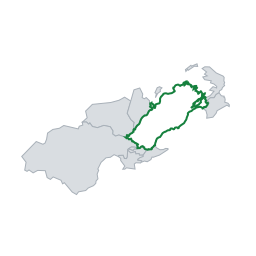 map of Turkey with Iraq, Iran, Syria and 6 others greyed out, rotated 140°
{"feature_id": "TUR", "entity_name": "Turkey", "entity_type": "country or territory", "adm_level": 0, "iso_a3": "TUR", "parent_name": "Asia", "parent_adm1": "", "projection": "orthographic", "projection_center": [34.29, 38.962], "detail": "fine", "context": "with_neighbors", "style": "outline", "palette": "green", "viewbox_px": 256, "rotation_deg": 140, "n_neighbors": 9, "source": "natural_earth", "source_scale": "50m", "svg_char_len": 9190}
<svg xmlns="http://www.w3.org/2000/svg" viewBox="0 0 256 256"><g transform="rotate(140 128 128)"><path d="M110.8,153.8L108.5,146.7L119.1,139.8L120.4,132.5L119.7,128.2L122.1,126.5L124.3,122.6L126.2,121.5L131.7,121.7L133.5,123.0L135.7,121.8L139.5,128.5L142.8,129.9L143.6,133.3L141.4,135.6L140.8,140.4L144.8,145.5L151.2,147.9L154.3,152.0L154.0,156.4L155.6,156.2L156.0,159.3L159.2,161.9L152.7,162.1L149.6,168.2L140.1,169.0L124.8,158.6L117.0,155.0L110.8,153.8Z" fill="#d9dde1" stroke="#a8b0b8" stroke-width="1"/><path d="M159.2,161.9L156.0,159.3L155.6,156.2L154.0,156.4L154.3,152.0L151.2,147.9L144.8,145.5L140.8,140.4L141.4,135.6L143.6,133.3L142.8,129.9L139.5,128.5L132.6,117.3L133.3,115.4L131.1,108.7L134.0,106.7L135.0,108.9L137.7,111.3L140.9,111.7L142.5,111.3L147.2,106.2L148.8,105.5L150.4,107.0L149.3,110.2L152.6,112.8L153.7,112.3L155.8,116.5L160.3,116.9L164.0,119.3L170.7,119.0L177.5,116.0L177.6,114.5L181.3,112.5L183.7,108.4L186.6,107.9L188.3,106.3L191.5,106.0L197.0,107.6L200.6,107.3L206.9,110.9L210.2,110.1L211.9,114.8L211.9,127.0L214.0,127.3L212.9,131.0L216.8,138.6L220.5,138.5L221.8,142.0L218.8,148.5L224.5,153.6L229.5,154.6L230.8,159.5L233.2,159.7L234.2,162.1L228.1,167.3L227.7,174.5L207.0,176.6L203.6,170.2L201.1,169.8L197.5,171.8L192.9,175.8L186.5,175.2L180.7,171.9L175.6,171.2L166.7,159.3L164.2,160.7L160.8,159.3L159.2,161.9Z" fill="#d9dde1" stroke="#a8b0b8" stroke-width="1"/><path d="M93.3,151.1L94.9,144.5L97.6,142.2L96.7,139.9L94.5,139.6L94.0,135.1L97.6,129.9L97.8,126.6L99.4,127.7L104.6,125.9L107.2,126.9L111.1,126.6L116.4,124.1L124.3,122.6L122.1,126.5L119.7,128.2L120.4,132.5L119.1,139.8L98.9,153.4L93.3,151.1Z" fill="#d9dde1" stroke="#a8b0b8" stroke-width="1"/><path d="M142.5,111.3L140.9,111.7L138.5,107.6L136.5,107.9L135.0,106.4L128.6,104.1L128.7,101.1L127.7,99.1L133.8,97.5L136.7,99.8L136.0,101.4L138.6,103.1L137.6,105.2L141.9,107.2L142.5,111.3Z" fill="#d9dde1" stroke="#a8b0b8" stroke-width="1"/><path d="M36.7,79.4L37.6,81.9L48.6,84.0L50.9,82.7L56.0,81.7L61.4,84.9L59.0,87.2L57.1,91.3L58.2,94.8L54.5,93.8L49.9,95.2L49.5,98.2L45.5,98.4L42.6,96.0L38.9,97.2L35.6,96.6L35.8,92.7L33.9,90.5L34.8,89.8L34.4,89.0L35.4,87.2L37.3,85.6L35.5,82.8L35.5,80.6L36.7,79.4Z" fill="#d9dde1" stroke="#a8b0b8" stroke-width="1"/><path d="M47.3,134.1L46.5,135.8L39.5,135.6L39.7,134.6L33.9,132.8L35.1,130.4L37.5,132.7L44.8,133.5L44.6,134.6L47.3,134.1ZM35.6,96.6L38.9,97.2L42.6,96.0L45.5,98.4L49.5,98.2L49.9,95.2L51.9,97.0L50.2,100.6L49.0,101.2L44.1,100.0L38.5,100.9L41.2,104.6L36.3,105.0L34.4,101.7L33.3,102.8L33.9,106.5L35.8,109.6L33.9,110.7L38.2,115.7L37.9,119.0L33.8,117.0L34.8,120.1L31.8,120.4L33.0,125.9L29.8,125.5L26.3,122.4L25.0,113.4L21.8,106.7L21.8,105.0L24.3,102.4L24.8,100.6L26.4,99.9L26.7,98.4L29.7,98.3L31.5,97.2L33.9,97.7L35.6,96.6Z" fill="#d9dde1" stroke="#a8b0b8" stroke-width="1"/><path d="M138.5,94.1L140.8,93.1L144.3,96.3L146.3,96.4L149.0,92.0L154.8,98.5L156.8,98.5L158.5,99.8L154.9,100.9L154.5,107.8L153.1,109.4L153.7,112.3L152.6,112.8L149.3,110.2L150.4,107.0L148.8,105.5L147.2,106.2L142.5,111.3L141.9,107.2L137.6,105.2L138.6,103.1L136.0,101.4L136.7,99.8L133.8,97.5L134.7,96.4L140.6,97.7L141.1,97.0L138.5,94.1ZM140.9,111.7L137.7,111.3L135.0,108.9L134.0,106.7L135.0,106.4L136.5,107.9L138.5,107.6L140.9,111.7Z" fill="#d9dde1" stroke="#a8b0b8" stroke-width="1"/><path d="M110.6,86.5L111.1,85.8L121.2,87.0L127.4,89.3L128.3,90.3L130.8,89.1L135.0,89.8L136.6,92.1L139.5,93.1L138.5,94.1L141.1,97.0L140.6,97.7L138.2,97.7L134.7,96.4L133.8,97.5L127.7,99.1L123.1,96.6L118.5,97.3L118.9,94.7L117.5,90.8L114.8,88.8L112.3,88.2L110.6,86.5Z" fill="#d9dde1" stroke="#a8b0b8" stroke-width="1"/><path d="M84.7,137.7L79.7,140.1L77.3,139.3L76.2,136.9L78.8,136.7L79.6,135.2L83.1,135.4L87.5,133.6L84.2,136.1L84.7,137.7Z" fill="#d9dde1" stroke="#a8b0b8" stroke-width="1"/><path d="M118.3,97.4L119.1,97.6L119.5,97.8L120.1,97.4L121.4,97.4L122.6,97.5L122.7,97.3L122.9,96.8L123.1,96.7L123.4,96.6L123.7,96.6L123.9,96.7L124.1,97.1L124.5,97.2L125.2,97.8L125.7,98.0L125.8,98.1L125.6,98.3L125.7,98.5L126.0,98.7L126.3,98.7L126.7,98.6L126.9,98.7L127.0,98.8L127.1,99.1L127.2,99.3L127.5,99.7L127.8,99.9L128.0,100.1L128.4,100.8L128.6,101.3L128.6,101.7L128.4,102.2L128.0,102.7L128.3,103.3L128.3,103.5L128.7,104.1L128.9,104.6L128.7,104.8L129.3,105.1L130.0,105.3L130.3,105.3L131.1,105.1L131.6,105.0L132.1,105.2L132.9,105.8L133.8,106.5L134.2,107.1L133.1,106.5L132.8,106.7L132.6,107.2L132.4,108.6L132.2,108.8L131.2,108.9L130.9,109.0L131.0,109.5L131.1,110.0L131.4,110.2L131.6,110.4L131.7,110.9L131.6,111.3L131.7,111.6L132.1,112.0L132.3,112.2L132.3,113.0L132.4,113.3L132.6,113.8L132.6,114.6L132.7,114.8L132.8,114.9L133.3,114.9L133.4,115.1L133.1,115.6L133.1,116.2L133.0,116.5L132.8,116.9L132.6,117.4L132.6,117.7L132.6,117.9L133.2,117.9L133.5,118.1L134.3,118.5L134.5,118.7L134.3,119.0L134.4,119.3L134.5,119.6L134.6,120.3L135.3,120.7L135.7,121.1L135.6,121.5L135.7,122.0L135.5,121.8L134.9,121.8L134.0,122.7L133.5,123.2L133.3,123.2L133.2,123.0L133.1,122.8L133.0,121.9L132.9,121.6L132.7,121.4L132.0,121.3L131.7,121.6L131.3,122.0L130.5,122.0L129.7,122.0L128.7,121.7L127.7,121.5L127.0,121.8L126.7,121.8L126.2,121.6L125.6,122.4L124.8,123.2L124.4,123.3L124.1,122.6L123.9,122.4L123.5,122.3L123.4,122.3L122.9,122.9L122.1,123.2L120.4,123.8L119.2,124.0L117.8,123.9L117.1,123.9L116.6,124.0L115.4,124.6L113.4,125.8L111.9,126.5L110.3,126.9L109.1,127.0L108.2,126.9L107.5,127.0L107.1,126.9L106.6,126.4L105.9,126.0L105.2,125.9L104.7,125.9L103.4,126.5L102.5,126.9L101.2,127.5L100.0,127.5L99.4,127.5L99.0,127.2L98.8,126.9L98.0,126.7L97.4,126.7L97.3,126.8L97.1,127.3L96.9,128.8L97.4,129.9L97.4,130.1L96.6,130.2L96.4,130.3L96.1,130.5L96.0,131.5L95.6,131.7L95.3,131.9L95.1,132.5L94.2,132.1L93.8,132.1L94.1,131.6L93.4,129.7L93.7,129.1L94.4,128.4L95.2,127.6L95.1,126.7L94.9,126.5L94.5,126.1L93.8,126.5L93.3,126.9L93.0,127.0L92.7,127.3L92.5,127.7L92.1,128.0L91.4,128.2L90.3,127.8L89.2,127.3L88.6,126.9L88.1,126.8L87.6,126.9L86.1,128.0L84.8,129.6L84.5,129.9L83.2,130.5L82.4,130.8L82.0,130.7L80.4,131.0L79.5,131.0L78.9,131.4L77.6,130.9L76.9,130.4L76.4,129.9L75.7,128.8L75.2,128.3L74.1,127.8L72.1,126.6L71.5,126.5L70.2,126.3L68.7,126.1L68.4,126.5L68.2,128.1L67.9,128.6L67.8,129.4L67.6,129.6L67.3,129.8L66.9,129.5L66.6,129.4L65.9,129.7L64.4,130.1L64.0,130.1L62.3,129.4L61.8,129.0L61.4,128.6L61.3,127.8L61.1,127.4L61.0,126.8L60.7,126.6L60.3,126.8L59.9,126.8L59.5,126.6L58.4,126.0L57.5,125.8L57.0,126.6L56.6,126.8L56.1,126.8L56.1,126.6L56.5,126.1L55.1,126.1L54.4,126.5L53.9,126.4L53.5,126.2L54.0,125.9L54.3,125.8L55.8,125.7L56.1,125.6L56.5,125.1L57.2,124.7L57.3,124.5L54.6,124.5L53.1,124.3L52.9,124.5L52.7,124.5L52.7,123.9L52.9,123.6L53.2,123.7L54.0,123.5L54.0,123.0L53.5,122.6L53.4,122.4L53.0,122.3L52.7,122.0L52.6,121.4L52.4,120.7L52.1,120.4L52.1,120.2L52.8,120.0L53.0,119.1L53.0,118.5L52.6,118.5L51.7,117.9L51.4,118.0L51.1,117.4L50.5,117.0L50.2,117.1L50.0,117.3L49.8,117.2L49.4,116.8L48.9,116.6L48.7,116.4L49.0,115.9L49.4,115.9L49.5,115.5L49.3,114.7L49.3,114.4L49.6,114.3L50.0,114.4L50.3,114.9L50.3,115.3L50.2,115.7L50.4,116.1L50.6,116.2L50.7,115.8L50.8,115.7L51.0,115.9L51.4,116.1L52.6,115.9L52.8,115.7L52.0,115.7L51.7,115.4L51.4,115.0L51.3,114.5L51.2,114.0L51.3,113.9L51.9,113.7L52.4,113.1L52.2,112.9L52.0,112.7L51.7,112.8L51.5,112.5L51.5,112.2L51.8,111.6L51.1,110.5L51.2,110.3L51.7,109.8L52.2,109.3L52.2,109.1L51.9,109.0L50.3,109.1L49.6,109.3L48.6,109.3L48.5,108.9L48.6,108.6L48.8,108.1L48.9,106.9L49.1,106.2L49.8,106.0L50.6,105.1L51.9,104.0L53.1,104.1L53.6,103.8L54.4,103.8L54.5,104.3L55.2,104.7L56.3,104.7L56.9,104.5L56.4,103.8L56.6,103.7L57.1,103.7L57.6,103.9L57.6,104.0L57.4,104.2L57.2,104.5L57.4,104.6L58.9,104.5L60.4,104.7L60.9,104.7L62.1,104.7L62.3,104.6L62.0,104.3L61.6,104.2L61.2,103.8L62.0,103.3L62.4,103.2L64.5,103.0L66.0,102.9L66.0,102.7L63.9,102.3L63.4,102.1L62.8,101.5L62.5,101.1L62.8,100.1L63.0,99.8L63.8,99.8L66.5,100.4L68.4,100.2L70.5,101.0L72.5,100.9L72.9,100.6L73.4,99.7L76.3,98.2L77.3,97.4L78.3,96.9L80.1,96.4L81.6,95.8L82.1,95.7L85.7,96.1L88.1,96.1L89.3,95.4L89.9,95.7L89.9,95.9L89.8,96.1L89.8,96.5L90.2,97.0L90.6,97.4L91.8,98.0L93.4,97.5L93.9,97.7L94.5,99.2L95.0,99.7L95.6,100.1L96.1,100.1L96.4,99.7L96.7,99.6L97.2,99.5L98.2,100.0L98.6,100.5L100.2,100.9L101.7,101.0L102.4,101.5L104.5,101.8L105.3,101.7L106.6,101.2L109.2,100.5L110.9,101.2L111.4,101.2L111.8,101.1L112.4,101.3L113.0,101.1L114.8,100.2L115.4,99.6L116.0,99.4L116.5,99.1L117.9,98.0L118.3,97.4ZM58.3,95.1L58.1,95.7L58.4,96.5L58.9,97.6L59.6,98.2L62.2,99.6L62.6,99.8L62.5,100.3L62.3,100.7L62.1,101.0L61.3,101.2L59.2,100.5L58.6,100.4L58.2,100.5L57.5,100.9L56.7,100.7L55.6,100.8L55.2,101.6L54.4,102.4L53.0,103.1L52.1,103.4L50.6,104.7L49.9,105.4L49.3,105.7L49.4,105.3L49.6,104.9L49.6,104.7L49.7,104.3L50.1,103.9L50.6,103.6L51.9,103.1L52.2,102.6L51.3,102.6L50.3,102.6L49.7,102.5L49.1,102.5L48.9,101.7L49.2,101.6L49.6,101.2L50.3,100.5L50.5,100.3L50.5,100.0L50.4,99.9L50.4,99.7L50.5,98.8L51.5,98.3L51.8,98.2L51.9,97.3L51.8,96.8L51.6,96.7L51.4,96.5L51.1,96.1L50.7,96.0L50.7,95.8L50.8,95.6L51.6,95.4L52.0,94.7L53.0,94.6L53.3,94.6L53.7,94.4L53.9,94.2L54.7,94.2L55.0,94.1L55.9,95.0L56.2,95.2L56.7,95.0L57.4,95.1L57.5,94.9L58.3,95.1ZM48.3,105.2L47.2,105.3L46.9,105.1L47.3,104.8L47.9,104.6L48.1,104.6L48.3,105.0L48.3,105.2Z" fill="none" stroke="#15803d" stroke-width="2"/></g></svg>